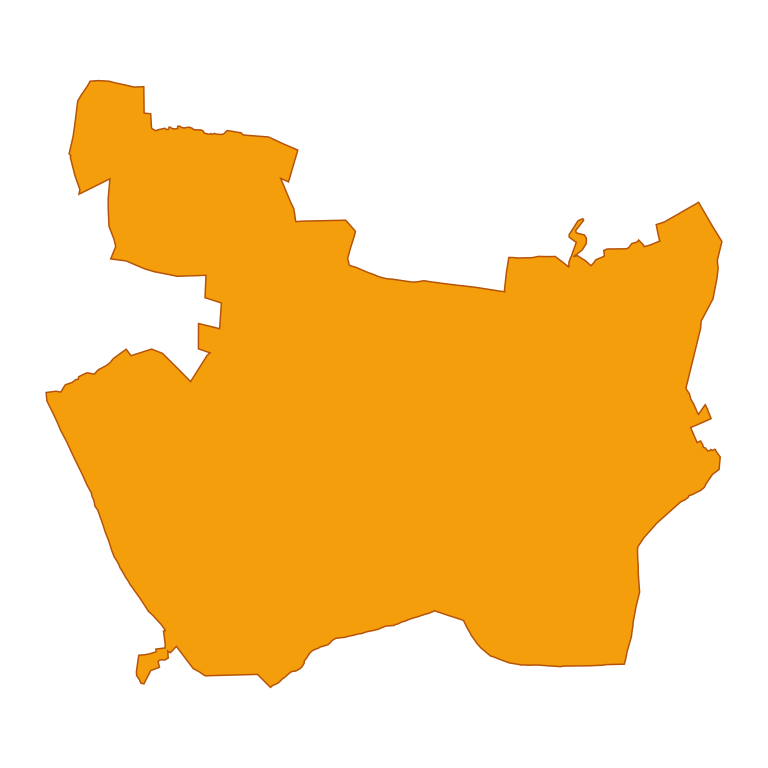 the district of Chapultenango, Chiapas, Mexico
{"feature_id": "50627088B46214146316575", "entity_name": "Chapultenango", "entity_type": "district", "adm_level": 2, "iso_a3": "MEX", "parent_name": "Mexico", "parent_adm1": "Chiapas", "projection": "albers", "projection_center": [-93.139, 17.336], "detail": "fine", "context": "isolated", "style": "filled", "palette": "amber", "viewbox_px": 768, "rotation_deg": 0, "n_neighbors": 0, "source": "geoboundaries", "source_scale": "gbopen_adm2", "svg_char_len": 6069}
<svg xmlns="http://www.w3.org/2000/svg" viewBox="0 0 768 768"><path d="M448.8,615.6L462.5,620.0L463.8,620.9L466.0,625.7L467.2,628.0L470.4,633.5L470.9,634.9L474.7,640.1L476.5,642.9L480.9,647.9L490.4,655.9L494.2,657.1L499.3,659.2L509.3,662.9L518.6,664.4L520.7,665.0L525.9,664.9L527.4,665.2L536.7,665.0L545.9,665.6L547.2,665.8L557.8,666.4L560.1,666.7L563.3,666.1L589.7,665.8L604.0,665.1L606.1,664.6L624.4,664.2L624.7,662.4L625.8,658.6L627.1,651.6L631.4,636.7L632.1,630.6L632.9,626.3L633.1,622.4L636.1,606.4L639.6,592.2L638.3,574.1L638.1,563.6L637.8,560.9L637.5,550.9L637.7,547.0L642.5,539.8L643.3,538.4L655.9,524.2L657.7,522.3L666.2,514.8L680.6,501.9L685.2,499.7L688.3,497.3L688.9,495.6L692.2,494.7L695.9,492.7L700.5,490.5L704.0,487.6L704.8,486.5L706.0,483.9L712.5,474.4L719.1,469.4L720.2,457.0L715.7,450.7L715.5,449.6L714.5,449.3L712.3,450.5L710.7,449.5L709.7,450.7L708.3,451.0L707.9,451.0L707.7,450.4L706.5,449.6L705.3,447.9L703.9,447.6L703.6,447.4L702.8,445.6L702.7,444.6L700.6,441.0L697.1,442.5L690.6,427.5L696.5,425.1L711.1,418.6L709.3,413.9L708.4,412.1L707.4,408.9L705.2,404.7L698.4,414.4L697.2,412.1L693.9,404.5L690.9,399.3L689.4,393.9L685.9,388.4L700.6,328.4L701.1,321.2L713.0,298.8L717.0,278.0L718.1,268.6L717.3,260.4L721.9,241.5L712.2,225.8L698.6,202.3L664.3,222.0L656.2,224.6L657.8,232.9L659.3,239.4L659.9,241.0L650.4,244.9L644.2,246.7L643.7,245.3L641.9,243.4L639.0,240.3L638.7,240.0L637.2,241.9L631.7,243.6L628.7,247.7L626.2,248.8L607.2,249.0L603.7,250.5L604.0,252.2L604.3,256.1L602.0,257.2L596.0,259.7L592.7,264.0L591.0,265.7L586.6,261.8L586.1,261.2L585.3,260.6L584.8,260.3L580.8,257.9L577.8,255.8L577.4,255.6L573.4,256.8L582.1,250.1L586.2,243.8L586.4,238.2L584.3,234.9L581.8,234.3L580.6,234.1L576.3,232.8L575.6,230.6L583.6,220.4L582.8,218.7L578.0,220.8L569.1,234.7L569.2,237.2L574.7,241.3L576.3,242.2L571.5,255.8L571.0,257.0L570.4,258.0L568.9,262.3L568.9,266.9L569.2,267.4L562.3,261.9L555.2,256.5L546.9,256.6L538.5,256.4L531.5,257.8L526.0,257.8L518.8,258.0L512.1,257.5L508.8,257.5L506.5,271.8L504.5,289.4L504.8,291.7L498.7,291.0L496.6,290.6L476.8,287.5L461.4,285.6L457.5,285.3L450.8,284.4L448.8,284.2L431.3,281.9L423.8,280.7L418.3,281.7L412.3,282.1L392.5,279.2L386.8,278.7L382.5,277.8L376.7,275.9L375.0,275.0L368.6,272.7L366.5,271.9L356.4,267.5L349.9,265.5L349.0,264.6L348.6,262.1L347.6,258.6L350.8,247.0L354.5,235.4L355.4,231.5L354.8,230.5L345.7,220.2L308.9,221.0L303.5,221.1L295.7,221.6L295.0,216.5L294.6,213.4L294.0,210.7L293.9,209.0L290.2,201.2L285.4,189.6L280.6,178.3L288.5,181.9L297.8,150.1L283.6,144.0L268.5,137.0L243.4,135.0L241.0,132.8L227.1,130.5L224.1,133.5L223.1,134.1L221.6,134.4L219.0,134.4L218.2,134.2L217.6,134.2L217.1,134.4L215.2,133.7L214.4,133.5L213.9,133.6L213.3,134.0L212.7,134.2L212.1,134.2L211.7,134.1L211.2,133.6L210.8,133.6L209.5,134.2L208.6,134.2L206.9,133.8L206.1,133.5L204.2,133.2L204.0,132.9L203.7,131.9L203.5,131.4L202.5,130.6L200.7,129.9L197.7,129.9L196.9,129.8L196.2,129.7L195.7,129.8L194.8,130.0L194.0,129.6L193.2,129.1L192.1,128.2L191.1,127.9L189.8,127.3L188.6,127.3L186.5,127.5L184.9,127.9L183.5,127.9L182.1,127.6L180.1,126.5L179.7,126.3L178.6,126.1L177.8,126.3L177.6,126.8L177.6,127.4L177.7,127.8L177.7,128.4L177.4,128.5L175.3,128.9L174.5,128.9L172.6,128.7L171.6,128.2L170.5,127.4L169.5,127.0L169.2,127.0L168.6,128.4L168.0,129.5L167.6,129.6L166.0,129.2L165.1,128.6L164.9,128.3L162.6,128.7L160.4,129.3L158.6,129.6L157.6,129.9L157.1,130.5L155.8,130.6L155.0,130.4L152.5,129.0L151.5,127.9L150.7,113.8L144.1,113.1L143.8,86.7L134.1,87.1L124.4,84.8L115.3,82.9L108.9,81.2L98.5,80.6L90.1,81.2L87.2,86.4L81.1,95.2L77.7,101.1L74.8,124.7L73.1,136.3L69.1,153.9L70.9,155.7L70.3,157.3L75.0,175.8L79.9,189.5L79.0,194.2L109.9,178.8L108.2,198.6L108.2,208.4L109.0,226.3L114.1,239.6L115.7,246.6L110.7,258.9L126.1,260.9L144.3,268.7L154.2,271.7L168.7,274.5L177.1,276.3L206.0,275.3L205.0,297.7L221.4,303.0L219.6,328.7L198.5,323.5L198.4,348.8L210.1,352.9L207.2,355.3L190.6,381.6L177.6,368.4L162.5,353.4L151.6,349.1L130.9,355.7L126.2,349.2L113.4,358.5L109.9,362.8L105.9,365.8L98.2,369.8L94.1,374.3L87.8,372.8L85.9,373.2L78.6,376.8L78.3,379.1L75.6,379.7L72.0,382.5L65.3,384.8L60.7,392.1L56.0,391.2L46.1,392.5L46.9,400.9L55.2,417.8L58.9,426.1L60.5,430.1L66.6,441.6L71.5,452.3L77.7,465.1L82.2,474.2L86.9,484.8L91.2,492.6L92.2,496.7L93.8,500.2L93.9,500.9L94.5,503.2L95.0,506.3L97.7,510.0L99.2,514.1L100.3,517.4L101.3,519.8L101.9,522.0L102.6,523.7L105.2,532.0L106.6,535.5L108.4,540.0L109.7,544.0L111.7,550.4L114.1,556.6L117.4,561.9L117.9,563.1L118.4,563.8L118.8,564.3L120.1,567.9L121.4,569.8L126.4,578.5L126.6,578.6L128.7,581.9L130.3,584.9L132.1,587.1L133.9,589.7L134.3,590.4L136.9,593.9L141.2,600.1L148.5,611.4L152.9,615.4L158.7,621.8L161.5,624.8L164.7,629.4L165.6,630.8L165.8,630.8L163.5,631.0L165.2,644.1L165.1,647.9L155.8,649.1L156.1,650.3L155.9,651.9L149.4,653.9L143.7,654.9L139.3,655.1L138.7,655.4L136.4,671.6L136.6,675.5L139.6,680.1L140.9,683.2L143.9,683.9L150.7,670.6L159.5,667.3L158.1,661.4L160.3,659.8L164.7,660.0L168.2,658.1L167.8,651.1L170.0,652.6L170.4,652.7L176.4,646.4L193.3,668.7L198.9,671.6L205.1,675.8L257.5,674.4L270.5,687.4L271.8,686.1L273.9,684.9L275.6,684.3L278.5,682.7L280.0,681.3L282.2,679.0L283.3,678.2L284.7,677.4L285.6,676.5L287.6,674.8L289.3,673.2L291.7,671.6L294.0,671.2L295.4,671.1L297.0,670.4L297.9,669.8L300.3,668.5L302.0,666.7L304.1,663.4L304.2,661.0L306.5,658.2L308.2,655.4L309.7,653.2L312.3,650.7L316.7,648.7L317.7,648.4L318.7,648.0L320.2,647.0L320.7,646.9L321.7,646.5L322.4,646.4L325.5,645.5L328.2,644.6L330.6,642.3L331.2,641.7L331.5,641.0L332.1,640.5L334.2,639.3L335.8,638.3L342.2,637.6L345.8,637.1L348.6,636.2L351.1,635.8L352.0,635.5L353.6,635.3L355.0,634.8L359.3,633.7L361.7,633.6L363.2,632.9L364.5,632.6L365.6,632.1L369.3,631.2L374.0,630.4L375.5,629.9L377.8,629.4L385.7,626.1L393.8,625.5L395.9,624.4L397.8,624.0L399.7,623.0L402.6,621.7L404.7,621.2L406.0,620.8L407.0,620.2L407.7,620.0L408.9,619.5L410.1,619.0L411.0,618.8L414.3,617.7L419.0,616.4L420.6,615.7L422.7,615.1L425.8,614.0L427.1,613.8L429.4,613.1L431.1,612.3L433.0,611.6L434.3,610.7L448.8,615.6Z" fill="#f59e0b" stroke="#b45309" stroke-width="1.5"/></svg>